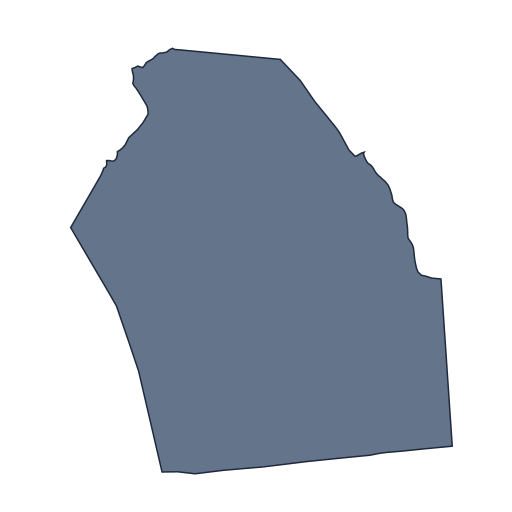 the district of Suba South, Nyanza, Kenya, rotated 266°
{"feature_id": "3690345B8693504737331", "entity_name": "Suba South", "entity_type": "district", "adm_level": 2, "iso_a3": "KEN", "parent_name": "Kenya", "parent_adm1": "Nyanza", "projection": "mercator", "projection_center": [34.175, -0.638], "detail": "fine", "context": "isolated", "style": "filled", "palette": "slate", "viewbox_px": 512, "rotation_deg": 266, "n_neighbors": 0, "source": "geoboundaries", "source_scale": "gbopen_adm2", "svg_char_len": 2011}
<svg xmlns="http://www.w3.org/2000/svg" viewBox="0 0 512 512"><g transform="rotate(266 256 256)"><path d="M450.4,294.1L466.8,195.4L467.7,189.3L469.0,187.2L468.2,185.0L467.1,183.1L466.3,182.0L465.5,180.8L465.4,179.0L465.0,177.3L465.2,174.4L464.4,172.1L463.0,170.6L462.2,169.3L461.5,168.6L460.5,167.7L459.9,166.7L459.1,165.2L458.0,162.7L456.6,160.0L454.4,158.5L453.3,157.5L451.9,156.3L452.7,153.6L453.7,151.4L453.1,149.8L452.3,148.1L452.0,146.7L451.7,145.5L450.1,145.4L447.8,145.7L445.5,146.2L443.0,146.3L440.7,146.1L438.6,145.7L437.0,145.1L434.5,146.1L431.7,148.1L427.8,150.3L423.5,152.6L420.9,153.8L416.7,156.0L412.9,157.8L409.3,158.3L405.1,158.3L396.8,152.5L390.6,146.8L387.6,143.1L382.9,137.3L376.1,133.3L373.1,130.4L371.0,127.4L369.8,125.0L367.1,124.8L364.9,124.2L362.4,123.1L360.7,120.9L360.7,118.7L361.5,116.3L361.6,113.6L357.5,113.5L355.2,112.3L354.2,110.2L352.2,109.4L349.6,108.1L346.7,106.5L297.3,73.1L276.3,83.5L254.1,94.5L227.7,107.6L215.9,113.3L179.3,123.1L165.4,126.7L149.2,130.9L47.1,147.2L46.2,162.9L43.0,180.0L44.5,208.7L45.0,241.1L45.0,245.3L45.2,249.7L47.4,292.0L48.1,314.1L48.8,336.3L49.3,355.8L50.5,365.2L50.9,371.8L51.0,377.5L51.2,389.3L51.9,410.5L52.6,438.5L220.2,438.9L221.7,429.8L223.6,425.1L224.1,423.7L224.5,422.4L225.3,419.6L228.9,416.4L232.9,415.2L239.9,414.2L245.4,413.9L249.6,413.8L252.8,413.6L255.8,413.0L258.6,411.7L261.0,410.2L263.4,408.9L266.9,408.8L269.8,409.0L273.2,409.1L275.9,409.0L277.0,408.9L279.1,408.8L282.9,408.7L287.4,408.3L290.7,407.1L293.0,405.5L294.6,403.4L295.4,402.3L296.0,401.5L297.9,398.9L299.9,396.9L303.7,396.0L307.1,395.8L310.7,394.9L313.7,394.2L317.9,392.5L321.5,389.9L323.8,387.5L326.0,385.6L328.0,383.4L331.8,380.7L334.6,379.5L337.4,377.8L338.3,377.2L338.9,376.5L340.4,374.4L342.4,373.1L344.8,372.0L347.3,371.1L349.9,370.5L350.8,370.4L352.0,371.2L351.3,368.3L349.3,364.3L348.5,361.8L355.3,356.1L373.5,347.8L378.1,345.0L386.8,338.9L390.0,336.7L406.0,325.4L428.0,312.4L449.6,294.6L450.4,294.1Z" fill="#64748b" stroke="#1e293b" stroke-width="1.5"/></g></svg>